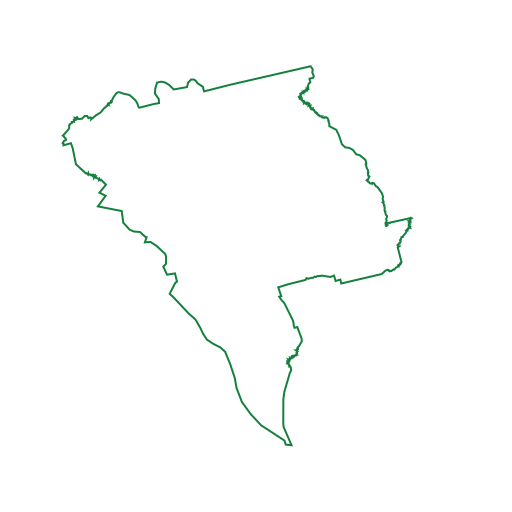 Agusan del Sur, Agusan del Sur, Philippines, rotated 166°
{"feature_id": "2640588B20221108717018", "entity_name": "Agusan del Sur", "entity_type": "district", "adm_level": 2, "iso_a3": "PHL", "parent_name": "Philippines", "parent_adm1": "Agusan del Sur", "projection": "albers", "projection_center": [125.526, 8.58], "detail": "fine", "context": "isolated", "style": "outline", "palette": "green", "viewbox_px": 512, "rotation_deg": 166, "n_neighbors": 0, "source": "geoboundaries", "source_scale": "gbopen_adm2", "svg_char_len": 6127}
<svg xmlns="http://www.w3.org/2000/svg" viewBox="0 0 512 512"><g transform="rotate(166 256 256)"><path d="M116.3,214.9L116.4,230.0L114.8,230.7L115.8,231.0L115.6,231.9L116.0,232.4L115.1,233.0L113.6,233.2L113.5,234.2L112.6,234.4L112.1,235.3L112.4,236.4L112.1,236.9L111.5,236.9L110.2,239.2L108.9,239.0L108.4,239.9L105.1,242.2L103.8,243.7L104.0,244.2L103.0,244.0L103.0,245.0L102.3,245.0L102.3,245.5L101.7,245.7L101.3,246.6L99.8,246.0L100.0,246.5L99.4,247.0L100.3,247.5L99.6,248.6L100.2,248.4L100.4,248.7L100.2,249.3L99.2,249.0L99.8,249.5L99.1,250.3L99.1,250.9L99.7,251.5L99.0,252.2L99.2,252.6L98.5,252.3L98.8,252.9L98.3,253.5L97.7,253.2L97.8,254.7L97.3,254.3L96.8,255.0L96.6,254.4L96.6,254.7L95.8,255.0L96.2,255.4L117.8,256.0L118.1,255.6L119.0,256.1L120.9,256.3L121.4,255.4L121.0,254.7L121.7,254.5L121.3,253.9L122.2,253.6L122.7,253.9L122.4,256.4L122.0,256.3L120.6,259.2L120.8,260.1L119.1,263.0L120.0,264.5L120.1,267.6L119.7,268.0L120.1,268.4L120.2,269.3L119.4,271.7L119.6,273.8L119.3,274.1L119.7,275.0L119.4,274.7L119.3,275.0L119.8,276.3L119.2,277.4L119.9,277.7L119.2,278.2L119.3,281.0L118.4,282.5L118.6,286.3L121.4,293.4L122.8,294.8L124.0,298.1L124.9,298.5L125.6,298.1L125.7,298.7L126.6,298.4L128.0,299.0L128.6,300.6L129.3,301.0L129.9,302.1L129.6,302.4L130.2,302.8L129.8,303.1L129.1,302.7L127.5,304.8L127.5,305.8L126.9,305.9L127.8,307.7L127.2,308.7L127.3,309.7L126.8,309.8L126.7,312.1L127.4,315.6L127.1,316.9L127.4,317.9L127.4,318.5L126.8,318.6L126.5,319.2L126.6,322.8L130.9,328.6L134.1,330.4L136.4,335.6L139.5,338.4L143.1,339.8L145.6,343.7L146.3,352.8L147.6,359.0L153.5,364.3L152.9,366.2L153.2,369.5L152.7,369.7L153.3,372.7L154.4,373.6L155.4,373.5L155.6,374.0L156.6,373.6L158.4,374.6L158.8,375.4L158.4,375.6L160.3,376.2L160.5,377.2L161.5,377.4L162.0,379.5L162.7,379.3L163.0,379.9L162.6,380.2L163.1,380.9L163.8,381.0L164.0,381.5L163.6,381.8L164.3,382.7L164.4,383.7L165.1,383.8L165.4,384.3L165.1,385.3L166.4,385.0L166.3,385.7L167.0,385.7L166.9,386.3L167.3,386.6L167.1,387.1L167.5,387.5L166.8,388.7L167.7,388.6L168.0,389.2L168.8,389.0L168.4,390.3L167.4,390.8L167.9,391.7L169.0,391.2L169.4,392.3L169.7,391.9L170.4,392.1L170.6,391.4L171.8,392.6L171.3,392.8L171.4,393.1L172.4,392.7L172.1,393.5L172.6,393.9L172.0,394.4L172.3,394.7L173.0,394.2L172.4,395.0L173.5,395.6L173.4,397.0L173.8,397.2L174.2,396.7L174.4,397.4L174.0,397.9L175.1,398.0L174.4,398.9L175.0,399.5L175.7,399.2L175.9,399.9L175.0,399.9L174.9,400.4L173.8,399.9L174.0,401.0L173.3,401.8L173.7,401.8L173.8,402.6L172.8,402.7L172.7,403.1L172.1,403.4L171.5,402.8L171.2,403.2L170.7,402.8L170.7,403.5L170.3,403.0L169.6,404.3L169.0,403.7L168.7,404.5L168.1,404.1L167.9,404.5L167.5,404.3L167.1,405.1L166.7,404.8L166.5,405.8L165.9,404.7L165.5,405.3L164.8,405.3L164.9,407.1L164.5,407.4L164.8,408.1L162.9,410.7L161.3,411.3L161.2,415.1L157.3,415.1L156.4,416.5L157.0,420.3L155.8,423.4L157.1,426.9L239.7,428.4L266.5,428.3L266.7,431.5L266.4,432.8L270.9,437.7L271.9,440.2L273.2,442.0L276.2,443.0L279.9,440.6L282.1,436.6L295.5,437.5L299.0,443.2L302.7,446.7L306.0,448.1L310.0,448.2L313.1,443.1L314.8,438.2L312.4,431.9L313.1,427.8L318.3,428.2L333.2,428.1L333.7,428.5L334.0,429.5L334.2,432.6L335.3,436.2L339.0,441.8L340.5,443.2L345.2,445.5L348.8,447.9L350.5,448.2L352.2,447.7L356.0,444.4L358.2,441.8L359.0,441.6L358.6,440.5L359.1,439.9L360.2,439.8L360.4,440.2L361.3,439.5L361.8,439.8L362.2,439.0L362.7,439.6L363.2,439.1L362.8,438.2L363.4,438.5L363.9,437.8L364.9,437.7L365.1,437.2L367.7,436.1L372.0,432.9L377.5,431.1L382.7,428.6L382.5,429.0L382.7,430.2L383.3,430.6L385.2,430.3L385.9,432.7L388.4,433.3L391.3,431.4L392.2,431.4L395.6,431.9L395.7,433.3L396.2,434.1L397.6,433.3L398.6,434.0L398.7,433.2L397.4,432.5L398.0,431.6L399.9,431.9L400.0,430.2L402.2,430.6L402.3,429.7L404.6,429.0L405.2,428.0L405.7,428.0L406.2,425.6L407.3,424.2L414.3,419.5L413.6,419.0L413.2,417.4L412.3,416.2L412.2,414.9L412.5,414.4L414.4,414.2L416.2,412.3L415.6,411.9L416.1,410.0L408.3,410.2L407.8,405.3L408.5,388.6L401.1,377.3L400.2,377.3L399.3,375.6L398.7,376.5L398.7,375.8L397.0,375.1L397.3,374.9L397.0,374.3L395.6,374.1L395.3,373.5L395.1,374.4L394.5,374.4L393.6,372.8L393.6,373.4L392.9,373.5L393.9,371.3L393.2,371.8L392.2,371.9L393.2,370.4L392.5,370.8L390.1,368.9L389.6,369.1L389.9,367.4L389.0,367.7L388.6,367.1L387.9,367.5L384.3,361.5L392.6,355.3L387.3,350.8L397.4,342.4L375.4,332.1L376.7,320.4L372.2,312.1L368.8,309.4L362.7,307.3L359.0,301.7L357.6,300.7L360.5,296.1L355.0,295.2L350.0,289.8L343.6,279.9L343.4,277.2L345.2,270.2L348.6,268.1L346.8,259.4L338.8,258.7L338.9,250.2L340.9,249.4L348.9,240.2L345.6,235.1L335.4,216.8L330.0,208.8L327.5,200.0L326.1,193.2L323.9,186.8L318.8,181.2L312.8,176.0L309.1,170.5L307.2,157.3L306.1,142.9L306.8,132.5L305.0,117.8L299.5,104.1L292.0,90.5L273.0,70.0L272.8,65.8L267.3,63.8L270.6,83.4L270.1,86.7L264.1,110.5L261.3,117.5L251.4,134.4L249.7,136.3L249.2,138.1L249.3,140.4L249.6,140.8L250.4,140.7L250.0,142.2L250.5,142.3L250.4,143.1L251.2,143.7L250.6,143.8L250.7,144.3L250.1,144.8L251.4,145.3L251.2,146.0L250.7,145.5L250.3,146.2L250.0,145.6L249.7,146.4L249.4,146.1L249.6,145.8L249.3,145.8L248.5,146.8L249.6,146.8L249.8,147.7L249.2,147.2L248.5,148.2L248.9,147.5L247.7,147.9L248.2,148.4L247.9,148.7L247.5,148.2L246.9,148.1L247.3,149.2L246.1,148.8L245.6,149.7L245.2,149.2L245.0,149.9L244.5,149.7L244.5,150.3L243.9,150.2L243.7,149.0L242.9,149.4L242.6,150.1L241.2,149.8L240.9,150.4L240.2,150.3L240.6,151.0L239.7,151.7L240.0,152.6L238.8,153.3L239.8,154.5L239.2,154.3L239.4,155.0L237.9,155.3L237.8,155.7L238.4,155.8L238.3,156.7L236.1,158.1L232.2,162.2L231.7,164.6L233.1,177.0L236.0,177.0L236.2,179.7L235.8,181.6L235.8,184.8L240.0,203.7L241.8,206.8L243.3,210.9L241.2,210.9L242.0,220.2L231.6,220.8L213.7,220.8L212.3,222.3L210.9,221.3L207.4,221.4L206.0,221.0L204.1,221.8L202.8,221.1L201.3,221.7L198.7,221.0L197.0,221.1L188.7,217.6L185.0,218.1L184.8,212.5L179.9,212.7L179.9,208.7L138.4,208.1L133.9,210.5L131.4,210.8L130.6,210.1L130.6,209.4L130.1,208.8L129.2,209.0L128.6,208.6L126.5,209.5L125.3,209.7L125.1,209.4L122.9,210.9L121.3,211.2L120.5,212.3L120.0,211.7L119.7,212.7L119.2,212.4L117.9,213.9L117.6,213.3L117.2,213.7L117.5,214.2L116.3,214.9Z" fill="none" stroke="#15803d" stroke-width="2"/></g></svg>